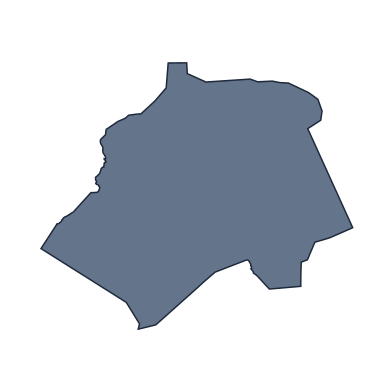 Baacagaan, Bayanhongor, Mongolia, rotated 174°
{"feature_id": "93677404B78729167349448", "entity_name": "Baacagaan", "entity_type": "district", "adm_level": 2, "iso_a3": "MNG", "parent_name": "Mongolia", "parent_adm1": "Bayanhongor", "projection": "mercator", "projection_center": [99.824, 45.619], "detail": "fine", "context": "isolated", "style": "filled", "palette": "slate", "viewbox_px": 384, "rotation_deg": 174, "n_neighbors": 0, "source": "geoboundaries", "source_scale": "gbopen_adm2", "svg_char_len": 2669}
<svg xmlns="http://www.w3.org/2000/svg" viewBox="0 0 384 384"><g transform="rotate(174 192 192)"><path d="M348.1,151.5L268.9,89.1L258.0,66.4L259.8,61.2L241.8,63.7L196.5,96.3L190.9,100.5L177.4,109.9L144.5,118.8L143.5,118.3L142.6,117.6L142.3,116.6L141.8,115.5L141.6,115.1L141.4,114.6L141.2,114.1L141.1,113.6L141.1,113.1L141.3,112.7L141.2,112.1L140.8,111.7L140.7,111.2L140.7,110.3L141.0,109.7L141.3,109.5L141.5,109.4L141.3,109.2L141.1,109.0L140.8,108.8L140.7,108.4L140.3,107.7L139.9,107.1L139.4,106.5L139.4,105.9L139.4,105.0L136.3,102.2L125.2,87.4L93.7,86.8L92.4,98.3L90.7,110.8L84.3,112.5L75.1,129.2L59.7,132.1L35.9,139.7L70.3,242.9L56.5,249.9L54.2,258.9L57.1,271.0L65.7,278.7L84.8,290.3L93.2,291.6L100.6,293.9L115.2,294.7L122.3,298.2L166.6,299.9L184.3,310.2L183.8,321.0L202.2,322.8L206.8,298.2L219.4,286.4L234.5,275.1L240.0,275.2L246.9,275.0L250.7,272.3L258.3,269.9L270.8,263.2L272.1,257.9L273.7,256.7L274.5,255.9L275.3,255.6L275.8,255.0L276.4,254.6L276.9,254.2L277.3,253.7L277.6,253.4L277.9,252.0L277.8,250.8L277.7,249.5L277.1,248.4L276.8,247.8L276.4,246.9L276.1,245.9L276.0,245.4L276.1,244.8L276.2,243.8L276.3,242.9L276.4,242.1L276.4,241.3L276.3,240.3L275.9,239.3L275.5,238.5L275.1,237.9L274.8,237.0L274.5,236.2L274.4,235.7L274.3,235.2L274.2,234.7L274.5,234.4L274.8,234.1L275.2,234.0L275.8,234.3L275.8,233.9L275.9,233.4L275.6,233.1L275.1,233.0L274.8,232.8L274.7,232.4L274.7,232.1L274.9,231.7L274.6,231.2L274.6,230.9L274.6,230.6L274.7,230.4L275.1,230.5L275.6,230.3L276.2,230.1L277.2,225.9L278.0,226.0L278.5,225.9L278.9,225.6L279.5,225.0L279.9,224.7L280.3,223.5L280.8,222.3L281.2,221.5L281.6,220.6L282.1,219.9L283.0,219.1L283.5,218.9L284.7,217.7L285.8,217.2L286.3,216.6L286.5,215.6L286.6,214.6L286.4,213.5L286.0,212.9L285.8,212.4L285.8,212.0L286.0,211.6L286.4,211.1L286.8,210.9L286.8,210.6L286.5,210.5L286.4,210.3L286.4,210.0L286.3,209.7L286.0,209.5L285.3,209.2L284.7,208.9L284.4,208.6L284.1,208.2L284.0,207.9L284.0,207.4L283.8,207.2L283.5,207.0L283.3,206.7L283.3,206.2L283.5,205.8L283.7,205.2L283.7,204.7L283.8,204.4L284.1,204.1L284.1,203.7L284.4,203.4L284.6,203.0L285.0,202.7L285.4,202.3L285.7,202.0L285.9,201.6L291.7,201.8L292.5,202.0L312.0,184.6L312.8,184.1L313.5,183.9L314.1,183.7L314.4,183.5L314.9,183.0L315.2,182.9L315.8,182.8L316.2,182.2L316.4,182.1L317.2,182.1L317.7,181.7L318.2,181.6L319.1,181.1L320.1,180.7L321.3,180.4L322.7,179.5L323.2,178.9L323.3,178.4L323.6,178.2L324.0,178.1L324.4,177.8L324.5,177.1L324.6,176.9L325.0,176.5L325.8,175.8L326.1,175.6L326.7,175.5L327.1,175.1L327.4,174.7L328.1,174.4L328.6,174.4L329.1,174.5L329.9,174.2L330.1,174.0L330.1,173.3L330.4,173.1L330.8,172.8L348.1,151.5Z" fill="#64748b" stroke="#1e293b" stroke-width="1.5"/></g></svg>